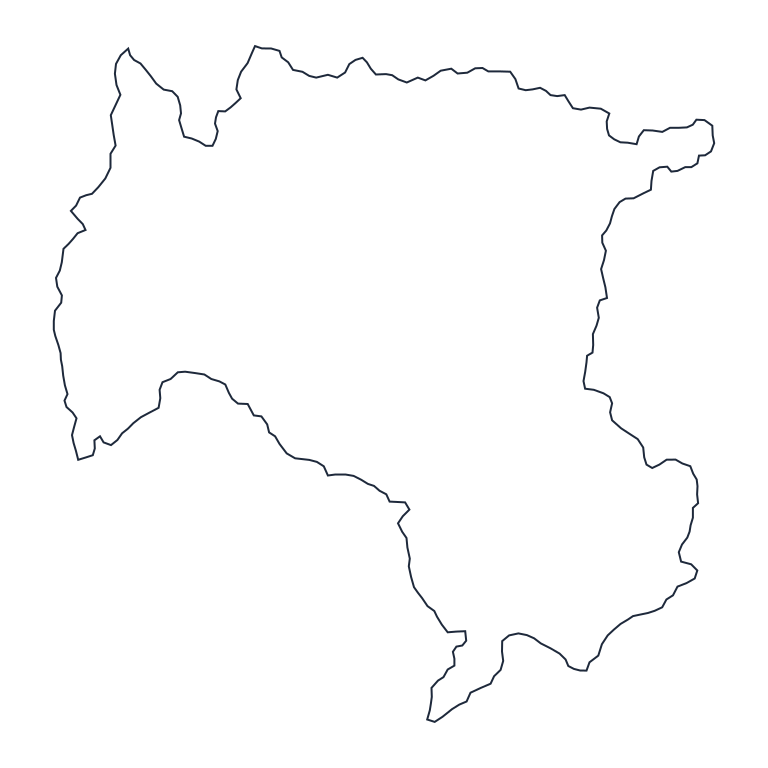 Resende Costa, Minas Gerais, Brazil (orthographic projection)
{"feature_id": "56859067B27120109396475", "entity_name": "Resende Costa", "entity_type": "district", "adm_level": 2, "iso_a3": "BRA", "parent_name": "Brazil", "parent_adm1": "Minas Gerais", "projection": "orthographic", "projection_center": [-44.289, -20.864], "detail": "fine", "context": "isolated", "style": "outline", "palette": "slate", "viewbox_px": 768, "rotation_deg": 0, "n_neighbors": 0, "source": "geoboundaries", "source_scale": "gbopen_adm2", "svg_char_len": 4315}
<svg xmlns="http://www.w3.org/2000/svg" viewBox="0 0 768 768"><path d="M694.7,578.5L697.3,570.5L691.2,564.3L681.1,561.6L678.8,552.2L682.0,544.5L687.3,537.6L689.6,531.6L690.6,525.3L692.9,517.7L692.9,507.9L698.1,503.2L697.1,494.4L697.5,486.2L696.7,479.5L693.2,473.7L690.3,466.2L682.4,463.5L675.6,459.6L666.6,459.7L659.4,464.6L652.2,468.0L646.5,464.6L644.2,457.3L643.2,447.5L637.7,439.1L629.8,434.0L621.1,428.3L612.1,420.3L610.1,412.3L612.1,403.3L609.7,397.1L603.5,393.3L593.8,389.8L585.1,388.7L583.5,381.1L585.2,371.8L586.5,362.3L587.1,355.7L592.5,352.6L593.2,345.0L592.9,334.1L596.5,325.7L598.8,317.8L597.1,307.7L599.8,300.4L607.0,298.0L605.4,287.3L603.1,277.9L601.1,269.1L604.0,260.1L605.9,250.7L602.3,242.7L602.1,235.4L606.3,230.5L610.0,223.4L611.9,216.3L614.4,209.0L619.6,202.1L625.5,198.6L633.6,198.3L643.8,193.1L650.9,189.7L651.5,180.9L653.2,170.9L659.6,167.3L667.3,166.7L671.3,171.6L677.5,170.9L685.3,167.1L691.4,167.1L697.4,163.3L699.0,155.6L705.1,155.3L711.0,151.4L714.2,143.2L712.7,135.4L712.3,125.7L704.5,120.1L696.4,119.7L692.8,124.7L686.9,127.4L678.8,127.8L670.0,127.8L662.3,131.9L652.6,130.5L643.8,130.2L638.9,136.5L636.6,144.2L627.7,142.7L620.4,142.3L614.2,139.3L609.0,135.4L607.1,128.9L606.7,121.4L609.3,113.5L600.8,108.7L589.5,107.6L581.0,109.6L572.9,108.2L568.4,101.2L564.7,95.1L557.2,96.1L550.5,95.1L546.0,90.9L540.1,87.8L532.5,89.4L525.7,90.2L518.6,88.5L515.4,79.1L510.2,71.7L499.7,71.4L488.3,71.4L482.5,68.0L475.2,68.3L467.3,72.7L457.6,73.5L451.3,68.7L440.7,70.7L433.5,75.8L425.4,80.4L417.8,77.6L406.8,82.5L398.3,79.4L392.2,75.2L386.0,74.1L375.9,74.5L370.8,68.7L366.9,62.3L362.6,57.8L355.5,59.9L349.3,64.1L345.1,72.5L337.2,77.6L327.9,74.8L316.2,77.6L309.2,75.9L302.5,71.8L293.0,69.9L288.2,62.3L281.7,57.4L279.5,50.9L271.2,48.5L261.9,48.4L255.0,46.1L252.1,52.6L247.6,63.1L241.1,71.7L237.8,80.1L236.4,89.4L240.7,98.2L235.9,102.7L230.7,107.3L225.2,111.4L218.3,111.1L216.0,117.3L215.0,123.6L217.7,131.1L215.8,138.9L212.5,145.8L205.7,145.8L199.2,141.6L191.7,138.5L184.1,136.7L181.4,127.8L179.1,120.1L181.0,113.4L180.2,105.4L177.7,96.8L172.2,91.2L163.7,89.6L156.2,83.6L150.9,76.3L145.9,70.0L140.5,63.5L134.1,60.0L130.1,55.2L128.2,48.6L120.8,55.2L116.0,63.9L114.9,73.7L116.5,85.0L120.4,94.8L115.0,106.3L110.8,115.2L112.1,124.0L113.7,135.0L115.6,145.6L110.5,153.8L110.5,167.8L105.3,178.5L98.2,187.3L92.0,193.8L86.2,195.2L80.0,197.6L76.1,205.6L70.9,210.9L77.7,218.9L82.8,224.1L85.5,230.0L77.6,233.2L73.1,238.8L68.6,243.9L63.5,248.8L61.8,262.3L59.8,270.6L56.0,277.9L57.3,286.7L61.9,295.4L61.2,302.7L55.0,310.7L53.8,321.0L53.8,329.8L55.3,336.0L58.4,345.1L60.6,353.1L60.9,359.7L62.2,366.2L63.2,375.6L64.9,385.3L67.5,394.1L64.5,400.6L66.5,407.0L72.6,412.5L76.5,418.3L74.0,427.4L72.0,435.1L73.6,443.0L75.9,450.7L78.2,459.8L86.3,457.3L92.8,455.2L94.8,448.5L94.4,440.3L100.0,436.3L103.6,442.4L111.0,445.1L117.4,440.0L122.1,433.3L127.9,428.7L133.3,423.2L140.9,417.2L149.3,412.7L158.6,407.8L160.3,398.2L159.6,389.8L162.5,382.2L170.6,379.0L177.8,372.3L185.1,371.7L195.4,373.1L204.4,374.5L211.3,379.0L219.4,381.4L225.3,384.5L228.9,392.9L232.1,398.7L238.0,403.6L247.7,404.0L253.8,415.4L261.4,416.4L267.2,424.4L269.1,432.4L275.1,436.3L279.5,443.9L286.7,453.4L295.1,458.3L303.1,459.2L309.3,459.9L316.9,461.9L323.8,466.3L327.9,475.5L335.4,474.5L345.4,474.5L353.6,475.9L361.1,479.7L367.9,483.9L374.0,485.9L379.6,490.8L386.3,494.3L389.6,501.6L397.7,502.0L405.1,502.4L409.4,509.6L402.8,516.2L398.0,523.3L402.2,531.8L406.5,538.0L407.4,547.5L409.8,558.6L408.8,566.3L411.1,577.0L414.0,587.2L417.9,592.7L422.1,598.1L427.5,606.1L434.3,611.0L437.0,616.7L441.8,624.6L447.7,632.3L456.2,631.6L465.2,631.2L466.2,640.7L462.3,645.5L456.4,646.6L452.9,651.8L454.4,658.7L454.4,665.6L447.7,669.5L443.5,677.1L438.0,680.6L431.5,687.9L431.8,696.9L430.9,703.5L429.8,710.4L427.2,719.5L434.7,721.9L442.5,716.8L452.1,709.1L459.3,704.6L466.6,701.5L470.5,692.7L480.8,687.9L490.6,683.7L494.1,676.2L500.6,669.9L503.2,660.9L502.0,651.5L502.2,641.1L509.1,635.4L518.4,633.4L526.9,635.1L534.1,638.3L540.8,643.4L550.5,648.3L559.6,653.6L565.6,659.5L568.3,666.0L573.9,668.9L580.1,670.5L586.5,670.6L589.5,662.3L598.3,655.6L601.9,644.2L607.7,635.4L613.9,629.6L620.6,623.9L628.0,619.5L633.0,616.1L640.1,614.6L647.9,613.0L654.7,610.8L662.2,607.3L666.4,599.5L673.0,595.3L677.5,586.6L686.5,583.1L694.7,578.5Z" fill="none" stroke="#1e293b" stroke-width="2"/></svg>